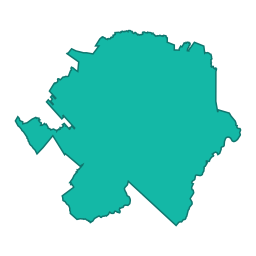 outline of Cadereyta Jiménez, Nuevo León, Mexico
{"feature_id": "50627088B63245516345576", "entity_name": "Cadereyta Jiménez", "entity_type": "district", "adm_level": 2, "iso_a3": "MEX", "parent_name": "Mexico", "parent_adm1": "Nuevo León", "projection": "natural_earth1", "projection_center": [-99.908, 25.517], "detail": "fine", "context": "isolated", "style": "filled", "palette": "teal", "viewbox_px": 256, "rotation_deg": 0, "n_neighbors": 0, "source": "geoboundaries", "source_scale": "gbopen_adm2", "svg_char_len": 5721}
<svg xmlns="http://www.w3.org/2000/svg" viewBox="0 0 256 256"><path d="M195.4,176.0L195.8,175.3L196.5,175.0L200.1,175.6L201.2,175.3L202.3,174.5L202.7,172.9L203.9,170.9L203.8,170.3L204.2,168.2L204.0,167.2L204.7,166.4L205.3,166.2L207.1,163.1L207.2,162.5L206.4,163.1L206.5,161.7L206.3,161.1L206.9,160.9L207.2,161.3L208.9,161.5L209.5,161.0L209.7,160.0L210.5,158.6L211.7,157.1L213.4,156.1L213.6,155.6L212.4,154.1L213.2,153.8L213.5,153.2L215.5,152.1L217.0,152.7L217.9,154.6L219.7,153.3L221.1,149.4L221.2,147.6L222.0,146.9L223.5,146.4L224.1,145.7L224.5,141.4L225.5,138.6L226.0,137.9L227.3,137.1L228.9,137.1L230.6,138.1L232.3,141.0L233.9,141.6L235.6,141.0L237.5,139.5L240.2,135.2L240.3,134.4L239.6,132.7L240.6,130.0L240.0,128.6L238.1,128.4L237.2,127.8L236.8,127.0L237.2,125.6L235.8,125.1L236.0,123.4L235.2,121.1L230.9,115.9L229.3,113.1L218.4,109.9L217.7,112.1L215.8,101.3L215.9,71.5L216.5,69.0L216.0,68.7L216.0,68.2L215.3,68.0L214.8,68.2L214.9,68.9L214.4,68.7L213.5,67.8L213.3,67.1L213.3,66.5L212.4,66.6L211.8,67.1L211.1,66.5L211.5,65.3L211.0,64.3L211.2,63.7L210.9,63.4L211.3,62.9L211.0,62.7L211.2,61.8L210.9,61.2L211.1,60.3L210.9,59.7L211.7,59.2L211.9,58.6L211.5,57.5L211.5,56.5L210.9,54.3L209.9,54.0L209.0,53.2L207.6,52.6L206.7,52.9L205.4,52.6L204.7,53.2L203.8,46.1L194.4,42.3L188.5,50.6L188.6,50.9L187.3,50.7L187.6,48.9L187.8,48.2L188.6,47.7L188.9,46.0L189.9,45.0L190.1,44.0L189.8,43.7L189.9,43.4L189.0,43.4L189.1,42.5L187.6,42.2L187.1,42.5L186.1,42.4L186.1,43.2L184.5,42.9L183.9,43.2L183.9,43.6L184.2,43.6L183.7,43.9L181.9,46.9L180.7,46.1L179.2,48.8L179.2,50.1L174.3,50.0L174.3,45.0L167.2,42.2L167.3,37.9L166.4,37.6L166.5,37.1L165.9,36.3L165.9,35.8L163.9,35.4L163.2,36.1L163.1,35.8L162.8,36.1L162.2,36.1L162.2,35.8L161.0,35.9L160.0,35.3L159.8,35.6L158.5,35.8L158.1,35.7L158.2,35.4L157.8,35.9L157.5,35.7L157.0,36.0L156.0,35.9L155.8,36.2L154.7,35.4L154.6,34.9L154.2,34.8L153.6,34.0L152.8,33.8L152.9,33.2L152.1,33.3L151.8,33.7L151.3,32.9L150.5,32.6L148.6,32.5L147.6,32.2L147.4,32.8L146.8,32.8L145.2,32.6L144.6,32.1L143.0,32.1L142.6,32.4L143.0,33.1L142.6,34.3L142.1,34.1L141.3,34.8L140.7,34.6L139.6,35.1L138.8,34.5L137.9,35.0L137.7,34.8L137.7,34.2L136.5,33.8L136.2,33.1L135.4,32.5L134.9,32.5L134.5,33.1L133.7,33.5L132.8,32.7L132.5,32.7L132.5,31.9L132.0,31.4L131.5,31.6L130.3,30.6L128.7,30.5L128.1,30.8L128.0,31.7L126.4,30.9L125.4,31.5L124.8,31.3L124.0,31.8L122.3,31.2L121.9,31.3L121.4,32.2L120.3,31.6L120.7,32.2L120.2,32.8L118.9,32.3L115.1,32.6L115.3,33.1L115.2,34.3L114.7,34.2L114.4,34.9L114.6,35.4L114.4,35.1L113.9,35.3L113.2,35.1L113.0,35.5L113.2,36.7L112.6,37.3L111.8,37.1L110.9,37.4L110.7,37.7L111.0,37.9L110.4,38.7L108.7,38.9L108.3,38.6L107.4,39.4L107.1,38.9L106.5,39.2L105.8,39.0L104.8,38.1L104.9,37.9L103.2,37.3L102.9,36.8L102.4,36.9L102.2,37.5L101.7,37.3L99.8,39.0L95.5,45.9L98.9,46.0L93.0,53.9L86.5,52.8L83.6,52.8L75.9,50.9L71.6,48.8L67.7,53.7L67.2,53.3L66.9,53.6L78.7,61.9L77.8,71.5L75.3,69.9L73.2,68.0L71.5,67.2L71.0,68.2L71.4,70.1L70.5,70.8L68.4,76.3L67.4,76.6L65.7,76.4L64.1,77.1L63.1,77.0L60.4,79.8L59.7,79.7L58.9,78.8L57.9,78.8L57.6,79.4L57.9,80.9L57.5,81.8L56.3,82.8L54.9,82.9L54.8,83.6L54.1,83.5L49.4,91.1L55.8,98.1L55.1,98.8L52.1,95.4L50.6,97.1L52.4,99.1L50.6,101.2L53.3,104.2L52.8,104.7L48.3,99.8L46.5,101.9L61.8,118.9L63.7,116.9L62.8,115.9L63.3,115.4L74.7,128.0L74.2,128.6L71.8,125.9L70.1,128.1L69.7,127.7L69.4,128.0L70.0,128.8L69.4,129.2L66.6,126.1L65.9,126.1L66.0,125.4L64.2,123.4L62.4,124.7L63.6,125.9L61.9,127.6L60.0,127.5L60.2,129.1L59.4,129.1L59.2,129.5L58.6,129.2L58.4,129.7L57.6,129.9L56.9,130.9L56.9,130.3L55.2,130.0L53.6,129.0L50.6,129.9L49.8,128.6L48.2,128.4L48.0,127.1L46.2,124.1L45.2,124.6L44.5,123.5L42.2,125.4L40.7,125.4L41.4,124.3L41.1,122.6L39.9,122.2L38.7,120.6L39.9,119.9L38.7,119.0L39.0,118.3L37.0,117.9L36.5,118.3L35.8,117.4L32.0,119.2L27.1,122.8L22.8,123.8L22.7,121.7L21.3,121.3L19.7,120.4L19.5,119.1L18.8,117.8L17.8,116.7L15.4,120.9L18.1,125.9L19.6,127.0L21.3,129.1L22.0,130.5L23.5,131.8L26.6,136.5L27.1,137.1L26.9,138.0L27.9,139.0L28.3,141.2L29.0,141.9L29.5,143.7L30.6,145.2L31.8,146.1L33.1,148.1L35.1,150.1L37.0,153.9L43.1,147.5L52.8,135.7L64.6,154.7L65.3,153.7L68.1,156.0L68.4,156.0L68.9,156.7L80.0,166.1L82.8,164.5L82.4,165.4L81.8,165.7L81.3,166.8L80.8,166.8L80.3,167.5L79.3,169.1L78.9,169.0L78.1,169.6L77.8,170.2L77.3,170.0L77.5,171.0L76.8,171.5L76.9,172.2L76.2,172.0L76.1,173.0L74.1,175.4L72.6,178.6L69.7,182.7L71.1,183.0L70.7,184.6L71.1,184.7L72.1,184.4L73.7,187.0L73.7,187.3L62.2,195.9L62.7,197.6L63.0,200.5L65.2,201.7L66.8,204.1L68.5,205.3L69.4,207.0L69.8,208.5L69.8,210.3L70.4,211.9L70.3,213.4L77.0,219.4L80.4,218.7L82.5,219.0L83.1,218.8L83.8,219.3L85.3,218.9L86.9,220.1L88.5,220.6L88.4,221.0L88.8,221.3L89.5,221.3L90.3,222.6L90.9,222.3L90.8,221.7L91.9,221.5L92.7,221.1L94.5,218.5L98.7,216.1L99.5,216.1L100.7,217.3L101.2,217.4L102.5,216.3L104.5,216.1L105.9,215.6L106.4,216.0L108.5,214.3L109.6,212.1L110.5,212.5L111.1,213.3L113.1,213.4L113.9,213.1L114.7,211.3L115.4,211.2L116.7,211.7L117.3,212.3L118.1,212.1L118.9,212.7L119.6,212.8L120.1,211.9L119.9,210.7L119.3,209.5L119.8,208.1L120.5,208.3L121.8,207.5L122.8,207.5L123.3,207.1L123.7,206.0L124.6,205.3L125.9,205.1L127.9,205.4L129.6,203.8L129.9,203.1L130.3,200.4L130.1,198.9L129.6,198.2L129.6,197.7L129.0,196.7L127.1,195.7L126.4,193.3L124.9,190.5L124.4,188.8L124.8,187.6L127.4,184.8L128.3,181.3L176.1,225.5L178.7,222.4L179.8,221.8L181.6,221.9L183.4,219.6L184.8,219.5L185.2,219.2L185.8,218.4L185.9,217.4L186.7,216.3L188.2,210.2L189.0,209.3L189.5,207.3L192.1,204.0L192.0,202.0L190.2,198.9L190.3,198.3L193.4,193.5L193.7,192.7L193.2,190.2L192.0,189.6L191.7,187.7L191.8,186.9L193.3,183.8L192.3,183.5L191.8,182.9L192.1,181.5L193.1,180.6L194.3,179.9L194.8,179.3L195.4,176.0Z" fill="#14b8a6" stroke="#0f766e" stroke-width="1.5"/></svg>